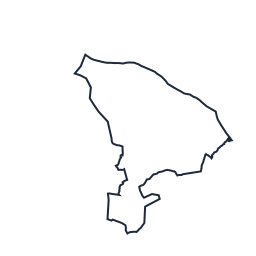 the district of Ihitte/Uboma, Imo, Nigeria, rotated 318°
{"feature_id": "59680162B14530293305891", "entity_name": "Ihitte/Uboma", "entity_type": "district", "adm_level": 2, "iso_a3": "NGA", "parent_name": "Nigeria", "parent_adm1": "Imo", "projection": "natural_earth1", "projection_center": [7.376, 5.644], "detail": "fine", "context": "isolated", "style": "outline", "palette": "slate", "viewbox_px": 256, "rotation_deg": 318, "n_neighbors": 0, "source": "geoboundaries", "source_scale": "gbopen_adm2", "svg_char_len": 3238}
<svg xmlns="http://www.w3.org/2000/svg" viewBox="0 0 256 256"><g transform="rotate(318 128 128)"><path d="M57.0,206.0L59.6,206.6L62.4,208.6L64.5,210.5L64.8,211.0L67.2,210.9L68.3,210.6L70.6,210.8L76.6,209.5L88.1,197.9L104.1,201.9L105.8,198.5L101.6,193.1L93.2,190.5L93.3,188.4L93.6,187.1L94.3,185.1L95.1,182.5L97.0,179.2L98.8,179.5L101.4,180.5L102.5,180.4L104.3,180.1L105.7,179.5L107.2,178.9L108.0,179.0L108.5,179.5L110.0,180.3L111.7,180.0L115.9,179.5L116.2,179.9L118.8,181.2L121.0,181.3L123.3,182.6L124.9,183.5L125.4,183.7L126.8,184.1L128.3,184.9L129.3,185.5L130.4,187.0L131.6,188.6L132.1,189.7L132.8,190.7L133.5,191.2L133.6,192.1L133.6,193.0L133.3,193.7L133.1,195.5L132.9,196.3L134.1,196.8L136.4,198.8L137.6,198.9L153.1,209.0L155.9,206.9L157.0,205.9L157.4,205.3L158.0,205.0L158.6,204.9L159.6,204.2L159.9,204.1L160.6,203.9L161.2,203.7L161.5,203.5L162.2,202.9L162.9,202.4L163.1,202.4L163.9,201.9L166.2,200.5L167.6,199.6L168.3,199.9L168.5,199.8L168.6,200.4L168.8,200.9L169.2,201.7L169.3,202.8L169.6,203.6L169.8,204.6L169.8,205.3L169.8,205.9L169.7,206.4L170.3,206.3L170.8,206.2L171.4,205.9L171.8,204.9L172.2,204.4L172.4,204.4L173.2,204.3L173.7,204.4L174.0,204.4L174.4,204.3L174.7,204.1L175.2,204.0L175.5,203.9L176.0,203.9L176.3,204.1L176.7,204.3L177.4,204.6L177.9,204.6L178.5,204.7L179.0,204.6L179.5,204.4L179.9,204.3L180.5,203.9L181.2,203.5L183.1,203.8L183.9,203.6L185.1,203.7L186.0,204.0L186.7,204.0L187.2,203.8L187.6,203.8L188.2,203.9L188.8,204.3L189.6,203.6L190.1,203.4L190.5,203.4L191.0,203.5L191.7,203.7L193.2,203.6L193.9,203.4L194.2,203.1L194.6,203.1L195.7,202.9L194.6,204.7L194.3,205.3L194.6,205.7L195.7,205.8L196.8,206.5L196.8,206.4L197.2,203.4L197.6,197.6L198.3,193.3L199.0,188.7L199.7,185.2L200.4,181.8L201.8,178.7L204.2,174.5L202.0,167.7L201.3,165.5L200.9,164.4L200.6,161.5L200.3,159.7L199.8,154.8L199.7,154.3L198.8,150.9L197.5,148.5L196.5,144.7L192.9,140.0L191.6,135.7L190.6,133.0L189.7,130.3L188.4,126.1L187.1,121.8L187.5,118.3L187.5,115.2L187.2,111.8L185.9,107.1L185.6,104.4L185.3,103.7L184.3,101.3L182.7,97.8L181.1,94.3L180.2,92.4L179.4,90.8L178.5,87.8L176.2,83.5L172.6,80.0L169.9,78.0L167.6,76.9L164.7,73.7L161.7,71.0L158.7,67.9L158.4,67.6L156.8,66.3L154.8,64.0L153.2,61.8L151.8,59.7L150.2,57.4L148.1,54.1L146.9,51.6L146.2,48.6L146.0,47.7L145.3,45.0L134.2,50.5L124.9,51.9L127.4,56.2L127.8,56.9L130.1,63.1L127.6,73.0L119.5,80.3L118.3,87.3L117.1,96.1L117.2,109.7L109.4,123.7L108.5,125.2L107.4,126.5L106.9,127.5L106.4,128.8L106.5,129.6L107.1,131.2L107.7,132.1L108.3,133.4L109.9,135.1L110.7,136.5L111.4,137.6L111.5,138.2L110.1,139.7L108.1,142.2L106.5,144.0L105.6,144.7L105.1,143.7L104.3,143.5L103.2,144.3L103.2,145.2L102.3,145.5L100.8,145.8L100.2,146.3L98.7,147.1L97.4,148.0L95.8,148.6L95.5,148.5L93.7,147.9L93.5,148.8L93.6,150.0L93.5,151.0L92.9,152.5L92.9,152.8L94.2,153.7L95.1,154.7L95.9,155.4L96.8,156.0L97.6,156.1L92.6,166.0L90.2,165.0L87.9,164.7L87.9,165.4L87.0,166.1L86.7,166.2L86.3,166.1L85.7,166.0L84.9,165.7L84.2,165.4L83.6,165.7L82.0,166.3L81.5,167.3L80.4,167.9L79.9,168.3L79.7,169.0L77.5,170.1L76.7,170.6L76.7,171.9L75.6,170.5L72.4,166.8L70.5,164.3L69.2,163.3L65.6,168.4L51.8,182.0L53.8,185.8L55.3,185.8L59.8,194.4L61.0,198.5L59.9,200.5L57.8,202.7L57.0,206.0Z" fill="none" stroke="#1e293b" stroke-width="2"/></g></svg>